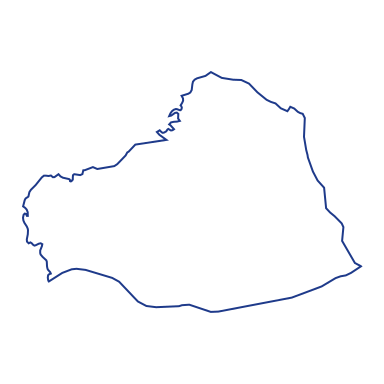 the border of Sanliurfa
{"feature_id": "TUR-3017", "entity_name": "Sanliurfa", "entity_type": "Province", "adm_level": 1, "iso_a3": "TUR", "parent_name": "Turkey", "parent_adm1": "", "projection": "natural_earth1", "projection_center": [38.713, 37.351], "detail": "fine", "context": "isolated", "style": "outline", "palette": "blue", "viewbox_px": 384, "rotation_deg": 0, "n_neighbors": 0, "source": "natural_earth", "source_scale": "10m", "svg_char_len": 2389}
<svg xmlns="http://www.w3.org/2000/svg" viewBox="0 0 384 384"><path d="M246.6,306.2L218.3,311.6L210.8,311.9L189.3,304.7L182.0,305.2L179.0,306.2L156.2,307.2L146.4,306.0L137.9,301.5L133.9,297.3L119.1,281.7L112.2,277.9L85.6,269.9L76.5,268.8L71.7,269.3L62.3,272.9L48.8,281.5L48.7,281.4L48.1,279.9L47.8,277.5L48.1,275.2L49.2,274.2L50.8,273.6L50.2,272.2L47.8,269.5L47.3,267.9L47.0,266.1L46.8,261.7L46.3,260.3L42.6,256.9L40.6,254.5L40.2,253.1L40.2,250.4L41.9,246.2L42.3,244.2L40.7,243.3L38.8,243.7L35.6,245.3L34.4,245.6L33.0,244.7L31.8,243.3L30.4,242.4L28.7,243.3L27.0,241.6L26.8,239.4L27.8,234.3L28.0,230.2L27.7,228.6L26.8,226.5L24.4,222.8L23.4,220.5L23.0,217.7L23.6,214.8L24.7,213.6L26.0,213.9L26.9,215.9L27.8,215.9L27.7,212.2L26.7,209.6L25.1,207.8L23.1,206.4L24.7,200.2L25.5,198.6L26.5,197.8L27.6,197.2L28.4,196.5L29.4,192.1L30.9,189.8L35.6,185.1L41.8,177.4L43.9,175.7L46.2,175.7L48.6,176.0L50.9,175.5L52.9,177.2L54.5,177.1L58.5,174.2L60.5,176.4L62.9,177.7L69.1,179.1L69.8,179.6L70.0,181.1L70.5,181.4L71.2,181.3L71.6,180.9L71.8,180.5L72.3,180.4L72.8,179.4L72.8,177.3L73.0,175.2L74.2,174.2L80.2,175.1L82.4,174.1L83.3,170.3L84.8,170.2L92.9,167.1L97.3,169.0L114.3,166.1L117.2,164.2L125.6,155.5L127.3,152.4L128.6,151.7L135.3,144.6L166.4,139.9L159.4,134.8L156.9,132.0L159.7,130.3L160.0,130.7L161.9,132.4L162.6,132.8L163.7,132.7L164.6,132.3L165.4,131.8L165.9,131.6L166.5,131.0L167.3,129.7L168.3,128.9L170.7,130.4L171.9,130.4L173.0,129.9L174.0,129.2L170.5,125.3L169.2,124.4L171.0,122.4L173.8,121.8L177.0,121.6L179.8,120.9L178.1,118.5L178.3,113.9L176.8,112.6L175.0,112.9L171.2,115.6L169.2,116.1L170.4,113.4L171.9,111.3L173.7,109.8L175.9,109.0L177.1,109.2L179.8,110.2L180.6,110.2L181.6,108.9L181.8,107.5L181.3,106.2L180.6,105.4L182.2,102.8L183.1,100.7L183.0,98.4L181.6,95.8L188.4,93.7L190.3,92.5L191.7,90.0L192.4,84.2L193.0,81.6L194.7,79.6L197.1,78.3L205.5,75.9L210.9,72.1L221.8,77.9L233.1,79.7L241.3,80.0L249.0,83.6L257.4,92.3L266.6,99.8L270.9,101.9L275.5,103.4L280.8,108.3L287.4,111.2L288.9,109.1L290.3,106.8L294.2,108.5L297.8,111.8L300.2,113.1L302.7,113.8L304.8,118.0L304.0,136.8L306.2,149.9L307.5,154.9L307.9,157.5L312.9,171.5L317.6,180.5L324.1,187.7L326.1,208.2L330.1,212.5L334.6,216.2L341.7,223.4L343.4,227.1L342.1,240.9L354.9,263.0L360.9,266.2L361.0,266.3L351.0,272.9L345.8,275.4L340.6,276.3L335.6,278.1L321.7,286.4L291.8,297.6L246.6,306.2Z" fill="none" stroke="#1e3a8a" stroke-width="2"/></svg>